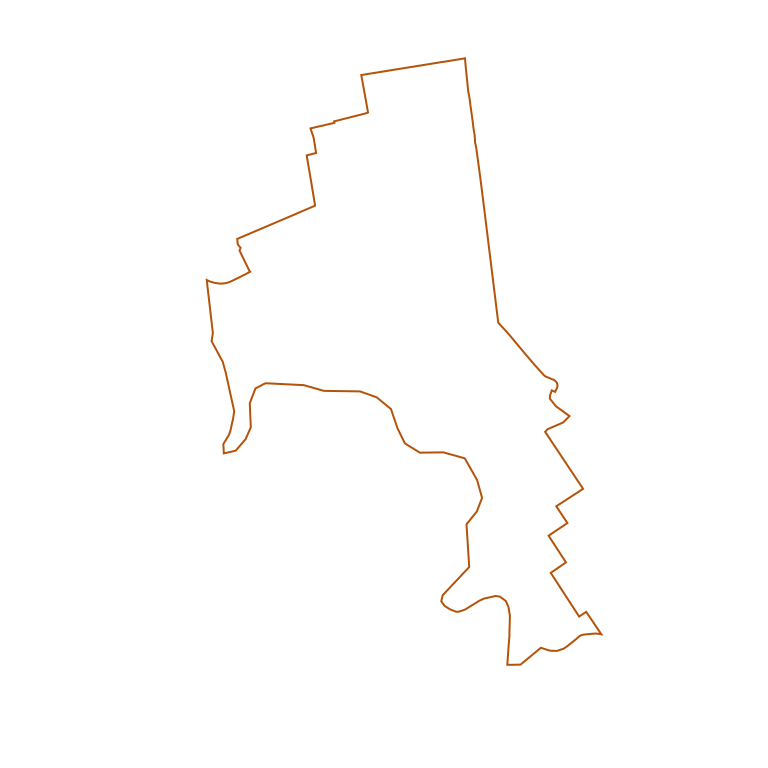 the district of Tudor Vladimirescu, Galati, Romania, rotated 346°
{"feature_id": "2599482B92797551545765", "entity_name": "Tudor Vladimirescu", "entity_type": "district", "adm_level": 2, "iso_a3": "ROU", "parent_name": "Romania", "parent_adm1": "Galati", "projection": "mercator", "projection_center": [27.668, 45.548], "detail": "fine", "context": "isolated", "style": "outline", "palette": "amber", "viewbox_px": 768, "rotation_deg": 346, "n_neighbors": 0, "source": "geoboundaries", "source_scale": "gbopen_adm2", "svg_char_len": 3097}
<svg xmlns="http://www.w3.org/2000/svg" viewBox="0 0 768 768"><g transform="rotate(346 384 384)"><path d="M530.8,171.5L531.3,169.2L531.6,167.7L532.1,164.6L532.3,162.3L532.7,157.5L533.0,155.0L533.6,150.4L535.3,134.4L535.7,131.3L536.2,126.7L536.5,120.4L537.9,110.8L539.5,99.8L540.3,94.2L540.5,93.0L541.4,87.6L519.4,85.8L516.9,85.5L507.2,84.7L473.4,81.8L436.7,78.7L434.2,116.7L431.1,117.0L424.8,117.0L399.2,117.1L399.1,118.6L374.5,118.2L375.3,128.1L374.0,143.4L364.3,143.5L362.2,170.8L360.3,194.3L346.5,196.5L344.8,196.8L318.7,201.0L276.7,207.7L275.9,213.1L277.8,217.3L276.1,219.5L279.0,233.3L280.8,241.6L281.3,242.7L269.5,245.5L259.9,247.5L255.4,247.9L252.1,247.5L249.1,246.9L244.3,245.0L239.5,242.2L237.2,240.2L236.4,246.0L230.3,293.0L227.1,300.8L231.1,316.5L232.9,323.4L233.2,334.9L232.6,354.7L232.5,358.2L232.1,374.1L229.3,380.9L226.2,387.0L224.0,391.6L221.4,395.7L213.6,403.4L211.8,412.6L224.0,412.8L236.4,404.0L244.3,393.8L246.8,381.4L249.1,370.2L258.2,357.2L264.4,355.7L269.2,354.6L305.9,365.7L324.0,376.1L359.0,385.4L373.7,395.2L384.7,410.0L386.4,430.4L389.9,446.7L402.2,459.3L425.1,464.7L444.4,475.7L451.1,499.7L451.6,518.3L447.4,524.2L443.2,530.2L430.1,540.1L422.4,582.2L389.9,603.1L387.0,608.6L389.0,613.8L393.4,618.5L398.7,622.3L401.1,623.0L408.0,622.5L423.6,617.5L429.1,616.4L441.0,616.7L444.9,618.3L449.7,624.0L450.8,630.3L450.1,639.4L448.0,647.0L445.8,654.6L444.8,658.6L441.8,667.6L435.7,686.3L438.9,687.1L443.7,688.2L448.6,689.3L460.5,683.6L472.4,677.9L480.5,682.9L487.0,684.8L494.3,684.3L498.5,682.7L507.6,678.5L507.9,678.4L508.1,678.3L508.5,678.1L509.2,677.7L509.5,677.6L509.8,677.4L510.2,677.2L510.5,677.1L511.0,676.8L511.5,676.5L512.1,676.3L512.4,676.1L512.7,676.0L513.1,675.9L513.3,675.8L513.8,675.6L514.0,675.6L514.3,675.6L514.7,675.5L514.9,675.5L515.1,675.4L515.5,675.4L515.7,675.5L516.0,675.5L516.3,675.5L516.6,675.5L516.8,675.5L517.1,675.5L517.4,675.5L517.6,675.5L517.8,675.6L518.0,675.6L518.4,675.7L518.8,675.7L519.0,675.7L519.3,675.8L519.6,675.8L519.9,675.9L520.2,675.9L520.3,675.9L521.0,676.0L521.3,676.1L521.6,676.1L521.8,676.2L522.1,676.2L522.5,676.3L522.8,676.3L523.1,676.4L523.4,676.4L523.6,676.4L523.8,676.5L524.1,676.5L524.3,676.5L524.7,676.6L524.8,676.6L525.0,676.6L525.3,676.7L525.6,676.7L525.8,676.8L526.1,676.8L526.3,676.9L526.5,676.9L527.0,677.0L527.3,677.0L527.6,677.0L527.8,677.1L528.1,677.1L528.3,677.2L528.6,677.3L528.8,677.3L529.1,677.4L529.3,677.4L529.5,677.5L532.1,678.4L532.5,678.6L533.0,678.8L533.7,679.1L534.1,679.3L534.3,679.4L525.1,654.0L517.1,656.9L500.1,607.6L517.4,601.1L507.0,571.0L528.3,563.3L521.6,544.3L551.8,533.9L528.8,469.4L529.6,469.0L530.9,467.9L532.4,467.3L548.5,464.7L556.2,460.0L545.4,447.1L541.4,438.4L542.1,435.7L545.2,430.8L548.1,433.0L551.1,429.5L551.9,427.8L552.1,426.3L552.0,424.9L551.8,424.0L551.4,423.2L550.6,422.0L549.9,421.2L549.3,420.7L548.5,420.2L547.9,419.8L546.4,418.6L544.7,417.3L543.1,416.2L541.9,415.1L541.0,413.6L538.3,408.6L536.5,405.1L535.1,402.6L528.1,388.6L517.5,366.6L509.7,352.1L524.4,231.7L527.2,208.4L530.3,180.1L530.7,176.6L530.8,172.5L530.8,171.5Z" fill="none" stroke="#b45309" stroke-width="2"/></g></svg>